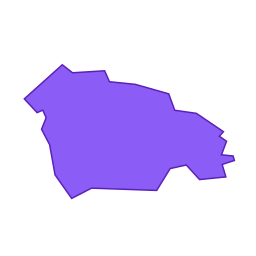 Rumbek Centre, Lakes, South Sudan, rotated 246°
{"feature_id": "79223893B15705410595049", "entity_name": "Rumbek Centre", "entity_type": "district", "adm_level": 2, "iso_a3": "SSD", "parent_name": "South Sudan", "parent_adm1": "Lakes", "projection": "equal_earth", "projection_center": [29.744, 6.986], "detail": "fine", "context": "isolated", "style": "filled", "palette": "violet", "viewbox_px": 256, "rotation_deg": 246, "n_neighbors": 0, "source": "geoboundaries", "source_scale": "gbopen_adm2", "svg_char_len": 505}
<svg xmlns="http://www.w3.org/2000/svg" viewBox="0 0 256 256"><g transform="rotate(246 128 128)"><path d="M85.8,213.7L113.6,196.4L125.2,177.9L142.6,179.1L165.0,152.3L177.8,129.9L189.8,129.9L201.0,99.8L212.5,93.7L196.8,45.1L179.0,51.2L179.0,57.4L170.7,57.4L162.0,48.5L144.6,49.6L114.8,42.3L86.6,47.9L87.9,70.2L59.3,128.8L73.8,150.0L70.5,166.2L51.8,172.4L43.5,197.5L56.4,199.2L55.1,212.0L59.7,212.6L65.5,202.5L75.8,212.6L83.3,208.1L85.8,213.7Z" fill="#8b5cf6" stroke="#5b21b6" stroke-width="1.5"/></g></svg>